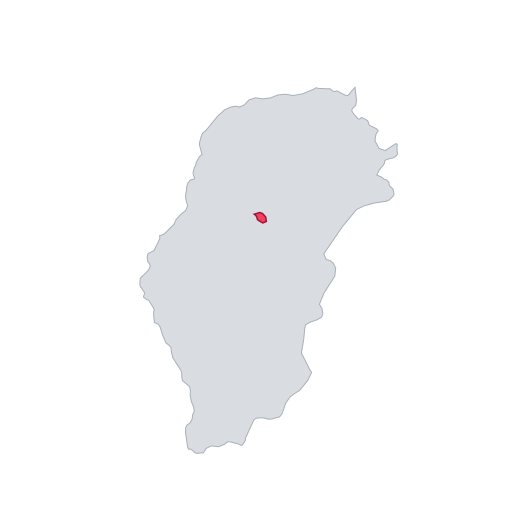 where Dunaújváros sits in Hungary, rotated 128°
{"feature_id": "HUN-4925", "entity_name": "Dunaújváros", "entity_type": "Urban county", "adm_level": 1, "iso_a3": "HUN", "parent_name": "Hungary", "parent_adm1": "", "projection": "mercator", "projection_center": [18.923, 46.932], "detail": "fine", "context": "in_parent", "style": "filled", "palette": "rose", "viewbox_px": 512, "rotation_deg": 128, "n_neighbors": 0, "source": "natural_earth", "source_scale": "10m", "svg_char_len": 2939}
<svg xmlns="http://www.w3.org/2000/svg" viewBox="0 0 512 512"><g transform="rotate(128 256 256)"><path d="M407.3,151.0L412.8,150.3L413.0,150.4L414.3,150.9L415.2,154.9L415.3,155.1L416.6,157.7L417.9,161.2L419.8,163.9L424.0,165.0L429.5,168.2L433.1,174.3L438.4,176.9L438.8,176.9L439.9,176.6L443.7,176.4L444.5,177.7L447.6,180.6L448.8,183.3L448.2,186.0L448.7,189.2L449.9,190.3L448.5,192.4L438.5,202.9L434.6,205.7L432.0,206.3L427.9,205.2L423.6,206.0L419.9,208.3L416.4,209.0L413.8,211.7L410.4,217.4L406.2,222.2L402.0,225.2L399.8,227.9L399.5,237.1L397.2,239.8L394.0,242.5L392.3,244.8L387.5,258.8L383.9,263.3L380.4,266.7L379.9,269.9L379.9,273.5L376.0,280.6L370.9,288.0L369.9,291.0L371.0,295.1L366.1,299.8L363.3,302.1L360.9,303.2L359.5,306.1L357.0,313.3L357.7,316.5L357.7,319.4L353.6,321.1L352.4,324.3L351.3,328.4L349.6,330.2L344.9,333.5L333.3,332.0L328.9,333.2L327.6,335.5L327.3,337.4L325.9,339.2L323.2,341.5L320.5,342.5L314.5,339.7L301.5,342.5L299.3,344.5L297.5,343.1L294.7,341.8L281.7,340.2L276.6,341.4L269.7,340.9L263.4,339.5L258.6,340.7L254.4,346.3L252.4,348.2L250.7,349.4L247.2,351.1L244.2,353.2L240.2,354.7L236.6,354.5L233.3,352.1L232.1,352.7L231.0,354.9L229.2,356.8L224.2,359.1L222.9,359.1L222.6,359.1L218.7,360.8L212.4,361.7L209.2,361.1L203.4,368.8L201.6,370.2L196.1,372.6L191.6,373.7L187.7,372.8L186.2,372.7L169.1,372.3L160.1,370.7L154.3,367.7L150.5,364.3L148.7,360.6L144.2,358.3L137.2,357.5L131.7,353.8L127.8,347.2L122.5,341.9L115.8,338.0L110.5,332.5L106.6,325.5L99.5,319.1L89.4,313.4L86.3,312.1L85.7,310.3L80.7,303.2L78.6,300.6L78.8,297.1L77.8,295.1L76.0,293.7L75.0,288.6L74.4,284.8L73.0,282.4L62.1,281.9L71.2,272.8L75.8,270.2L81.0,270.7L82.7,269.8L83.2,268.5L84.1,265.6L84.5,262.8L85.0,260.1L84.4,258.6L81.8,258.2L80.6,251.6L81.9,249.2L83.2,247.5L81.6,239.5L82.1,236.8L86.2,236.4L89.6,234.7L92.4,232.7L93.2,230.3L95.5,225.3L93.4,219.1L81.5,215.1L80.9,213.5L83.6,211.8L86.6,209.3L88.3,207.3L90.6,207.1L93.8,208.0L99.5,212.5L101.7,213.2L103.8,211.9L106.1,211.6L112.4,211.8L117.8,210.7L116.6,205.9L116.6,202.5L115.7,199.7L116.2,196.6L118.4,194.3L119.0,188.9L122.4,185.3L123.9,184.8L129.8,185.4L131.2,186.4L132.1,186.6L141.4,195.4L150.3,202.0L157.5,205.4L168.1,205.7L179.4,206.0L198.3,204.8L212.5,203.9L213.5,202.3L215.6,198.3L213.9,195.0L214.0,191.0L216.4,185.8L223.4,181.5L243.4,179.6L255.0,176.3L256.7,171.9L260.5,167.6L264.0,166.7L268.8,168.7L274.6,172.5L279.7,174.6L282.6,173.3L292.8,166.8L304.5,160.5L312.6,143.3L313.5,140.5L322.2,138.6L335.0,138.9L341.5,141.2L346.5,142.4L353.8,142.0L364.5,138.3L368.4,138.4L371.5,141.0L374.8,143.2L377.1,146.0L378.8,149.9L379.7,151.4L381.2,153.4L383.9,156.1L386.5,156.8L406.1,152.1L407.3,151.0Z" fill="#d9dde1" stroke="#a8b0b8" stroke-width="1"/><path d="M225.7,270.9L226.0,272.3L226.4,275.8L226.4,277.3L225.9,278.0L225.4,278.5L224.8,279.5L224.3,280.7L224.1,281.7L224.1,283.1L219.4,279.8L218.5,277.0L219.3,272.4L222.4,269.1L225.7,270.9Z" fill="#f43f5e" stroke="#9f1239" stroke-width="1.5"/></g></svg>